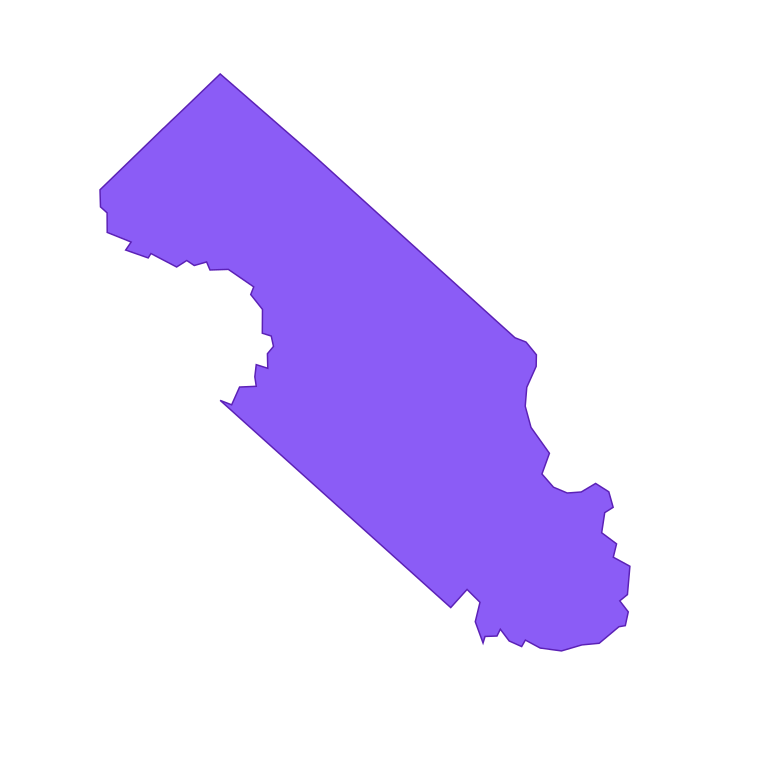 the district of Columbia, Florida, United States of America, rotated 312°
{"feature_id": "52423323B5286931917033", "entity_name": "Columbia", "entity_type": "district", "adm_level": 2, "iso_a3": "USA", "parent_name": "United States of America", "parent_adm1": "Florida", "projection": "natural_earth1", "projection_center": [-82.645, 30.212], "detail": "fine", "context": "isolated", "style": "filled", "palette": "violet", "viewbox_px": 768, "rotation_deg": 312, "n_neighbors": 0, "source": "geoboundaries", "source_scale": "gbopen_adm2", "svg_char_len": 1117}
<svg xmlns="http://www.w3.org/2000/svg" viewBox="0 0 768 768"><g transform="rotate(312 384 384)"><path d="M414.8,48.2L338.5,43.0L338.3,43.0L325.9,54.8L325.9,63.7L311.4,76.9L320.3,101.1L310.7,102.4L319.9,124.4L325.0,123.5L332.2,151.6L343.8,154.8L345.1,163.7L356.0,170.5L352.3,178.4L365.0,191.6L369.0,222.2L361.3,225.1L358.1,243.8L340.3,259.6L344.2,268.1L338.0,276.7L328.5,277.1L317.9,287.1L312.9,276.1L302.9,283.2L296.8,290.6L285.1,278.7L266.6,284.7L262.2,273.2L262.5,583.2L286.9,583.2L286.0,601.4L268.4,610.9L257.8,630.9L264.0,628.0L272.3,636.6L279.6,634.5L276.8,649.0L281.0,662.0L288.3,660.4L292.3,676.8L304.4,694.5L322.6,705.7L335.3,717.4L360.8,721.0L365.9,725.0L378.1,718.0L380.6,704.3L390.4,705.8L413.1,688.7L408.7,670.3L420.8,663.8L419.1,645.3L436.1,634.1L445.7,636.8L454.3,623.2L451.7,607.8L435.7,602.8L425.6,593.1L420.7,579.0L422.8,561.6L443.2,553.3L450.1,522.3L462.0,503.8L477.1,492.3L498.9,485.3L507.7,477.7L510.2,461.5L506.0,450.4L506.0,425.6L506.8,179.8L504.8,54.8L457.6,51.4L449.4,50.8L443.0,50.3L437.1,49.8L428.2,49.2L425.5,48.9L414.8,48.2Z" fill="#8b5cf6" stroke="#5b21b6" stroke-width="1.5"/></g></svg>